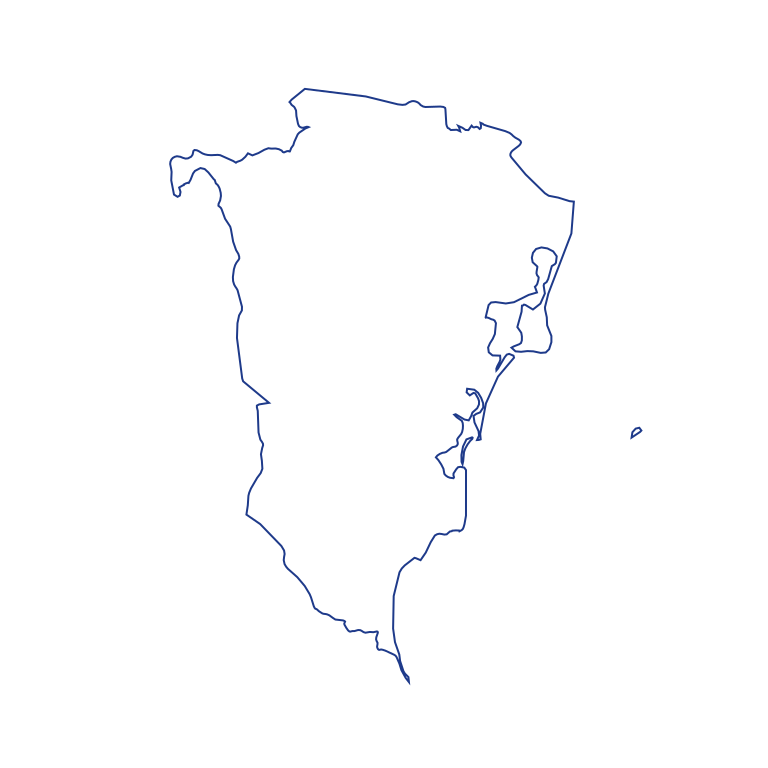 Atlántico Sur, orthographic projection, rotated 14°
{"feature_id": "NIC-644", "entity_name": "Atlántico Sur", "entity_type": "Autonomous Region", "adm_level": 1, "iso_a3": "NIC", "parent_name": "Nicaragua", "parent_adm1": "", "projection": "orthographic", "projection_center": [-84.133, 12.113], "detail": "fine", "context": "isolated", "style": "outline", "palette": "blue", "viewbox_px": 768, "rotation_deg": 14, "n_neighbors": 0, "source": "natural_earth", "source_scale": "10m", "svg_char_len": 6167}
<svg xmlns="http://www.w3.org/2000/svg" viewBox="0 0 768 768"><g transform="rotate(14 384 384)"><path d="M524.1,161.1L529.4,192.6L521.6,256.5L521.6,270.6L522.4,273.0L525.8,279.9L528.1,287.6L534.8,296.9L536.3,302.9L535.8,310.3L533.3,314.3L528.5,315.9L520.9,316.2L515.1,317.4L509.2,319.6L503.7,320.5L498.9,317.9L500.7,316.2L505.6,312.7L507.0,311.1L507.2,308.3L506.3,304.5L504.8,301.1L499.6,296.5L500.0,280.6L498.9,274.6L500.0,274.1L500.6,273.1L502.1,273.1L510.5,275.7L516.3,268.2L518.2,257.3L515.1,249.9L515.1,248.1L517.1,245.8L517.9,242.5L518.3,229.0L520.8,226.4L521.5,224.8L520.7,218.3L516.1,214.4L509.8,212.9L503.7,213.4L498.9,216.2L496.8,220.7L496.9,225.7L498.8,229.9L504.0,232.7L504.5,233.2L504.9,238.1L505.2,239.8L506.3,241.5L507.3,242.2L508.3,243.1L508.6,245.6L508.5,249.7L508.0,251.4L506.9,253.2L507.8,254.4L510.3,258.2L502.9,262.5L490.3,273.2L482.7,276.4L472.5,277.5L468.2,279.0L466.4,282.1L466.5,294.8L466.7,295.0L467.7,294.5L469.7,294.6L472.5,295.2L474.4,295.2L476.0,295.7L477.9,297.9L479.5,308.7L478.6,313.9L477.0,318.8L476.2,323.4L478.0,327.9L482.4,330.0L489.8,328.4L491.0,332.1L490.8,334.5L489.6,339.3L489.3,342.0L489.8,343.6L490.9,341.4L494.6,328.9L496.0,325.8L498.1,324.5L502.8,325.2L503.8,327.0L492.8,349.3L487.6,378.1L489.4,409.1L491.2,414.3L489.6,415.3L487.8,415.9L488.7,411.0L487.1,406.8L481.1,399.4L478.6,393.3L480.7,390.7L484.1,388.3L486.0,382.7L484.8,378.6L481.6,373.9L477.5,369.8L473.0,367.7L465.8,368.5L466.2,372.1L470.0,374.3L473.0,371.0L474.8,371.0L478.8,375.2L480.4,377.7L481.1,380.9L480.3,385.0L476.7,390.3L476.3,394.2L475.0,398.8L470.7,399.0L460.9,396.0L459.6,396.8L462.5,398.6L468.4,400.9L469.8,402.8L470.7,405.4L471.3,408.4L471.4,411.6L471.0,413.8L468.9,418.3L468.4,420.0L468.8,421.4L469.6,422.8L470.1,424.3L469.8,425.9L468.6,427.4L466.1,428.5L465.2,429.2L460.8,434.9L459.4,435.8L457.4,436.6L455.1,438.3L453.1,440.5L452.1,442.6L455.2,444.7L459.0,448.2L462.2,451.9L464.3,456.6L466.0,457.8L468.3,458.7L470.7,459.0L474.2,458.6L474.5,457.5L473.5,455.9L473.1,454.0L474.7,449.3L476.0,446.8L478.1,445.9L482.1,445.7L484.4,447.7L495.4,491.9L496.0,500.4L495.9,503.6L495.6,505.5L494.7,507.0L492.8,508.7L492.3,508.0L489.0,508.7L485.7,509.8L485.4,510.4L483.6,511.2L481.2,514.7L479.0,515.5L476.2,515.6L473.9,515.9L471.9,516.9L470.0,518.7L467.6,526.2L465.3,537.5L462.1,546.1L457.0,545.3L455.6,545.3L448.0,555.0L445.9,558.7L444.6,562.9L444.7,587.4L452.0,619.1L457.1,631.8L464.3,642.8L466.6,648.8L472.3,657.9L474.3,659.9L478.6,662.5L480.3,667.2L476.2,664.0L470.1,657.4L466.6,651.6L462.3,646.0L460.9,644.8L459.1,644.2L449.8,642.4L447.1,642.2L445.4,642.3L443.8,643.1L443.1,643.1L442.2,642.6L441.2,641.4L440.8,640.4L440.6,637.9L440.3,636.6L439.1,635.3L438.1,633.7L437.8,631.6L438.2,627.1L438.1,626.4L437.7,625.9L437.0,625.8L433.7,627.4L430.3,628.0L426.2,629.8L424.2,629.7L421.9,628.9L420.5,628.6L418.7,628.9L417.8,629.3L415.1,630.9L413.1,631.4L411.0,632.5L410.1,632.4L408.8,631.8L406.5,629.8L403.9,627.1L403.6,626.6L403.4,626.0L403.7,623.9L402.9,623.5L401.4,623.3L393.8,624.3L390.9,623.3L387.0,621.7L384.8,621.3L383.3,621.3L380.8,621.6L379.6,621.5L375.8,620.2L373.4,618.9L372.6,618.7L371.8,618.7L370.9,618.1L369.7,616.7L364.8,608.7L362.8,606.0L356.0,599.2L346.6,592.4L335.5,586.6L333.3,585.0L331.1,582.8L329.3,579.1L328.9,576.0L328.7,573.0L327.3,569.7L323.6,566.0L297.8,549.9L282.1,544.0L281.2,534.7L279.5,525.3L279.5,522.2L280.2,517.5L283.6,505.8L285.9,500.3L286.5,495.7L284.1,488.1L281.6,481.9L281.3,475.6L281.5,472.7L281.0,471.2L279.5,469.6L277.5,467.9L274.0,461.4L268.0,440.6L266.3,437.4L265.9,435.7L267.8,434.0L277.0,430.1L246.7,415.5L245.1,413.0L230.2,374.9L227.1,360.5L226.8,352.5L228.3,347.0L227.5,343.4L219.2,328.4L217.8,326.9L216.1,325.4L214.5,323.7L212.7,320.7L211.5,316.8L210.6,309.0L210.8,304.8L211.5,301.9L212.9,298.6L213.2,297.2L212.7,295.5L211.2,293.0L208.1,289.9L203.2,282.4L198.0,270.8L196.7,268.5L189.8,262.1L184.2,253.8L183.0,252.5L180.2,251.1L179.9,249.3L180.6,245.5L180.3,241.0L179.3,238.0L177.2,234.1L175.8,232.4L174.4,231.1L172.3,230.0L170.4,227.0L169.3,226.5L162.4,221.2L158.0,218.8L153.6,218.9L149.0,223.0L147.8,225.9L146.9,232.6L145.9,236.2L145.2,236.1L143.2,237.3L141.5,238.8L141.6,239.5L140.8,239.9L137.7,242.9L140.1,246.9L140.3,250.5L138.4,252.3L134.4,251.0L128.3,237.9L126.6,229.6L125.5,226.9L123.3,222.3L123.0,220.0L123.4,217.6L124.4,215.7L126.0,214.2L128.0,213.1L131.5,212.8L134.1,213.2L136.9,213.3L139.2,212.5L141.9,210.1L142.8,207.8L142.7,204.0L143.5,202.8L145.9,202.5L147.9,202.9L152.1,204.2L154.7,204.5L157.6,204.4L160.9,203.8L167.3,201.9L169.7,201.6L183.7,204.1L186.8,205.1L187.7,204.0L190.6,202.1L192.1,200.7L194.5,197.1L196.2,193.1L201.0,194.0L206.3,190.3L211.3,185.6L214.8,183.2L217.6,182.9L222.0,181.7L225.2,181.6L228.3,182.3L229.7,183.4L230.9,183.5L233.5,181.6L234.8,181.1L235.8,181.3L236.4,181.1L236.9,177.4L238.2,174.2L238.4,170.7L239.9,162.6L241.0,160.6L245.9,155.1L248.7,153.0L248.1,152.9L246.8,153.1L243.6,154.9L242.2,155.2L240.7,155.0L240.1,154.8L239.0,154.2L237.6,152.3L234.2,145.2L232.5,139.9L230.6,137.6L229.7,136.8L226.8,135.5L225.1,133.9L224.1,133.3L225.6,130.4L235.8,116.8L296.8,109.4L329.7,109.3L334.4,108.7L337.3,107.6L340.2,104.5L342.7,102.8L344.4,102.3L346.0,102.2L347.8,102.4L349.0,102.7L350.5,103.4L352.1,104.5L354.9,105.3L357.2,105.2L371.4,101.2L374.6,100.8L376.5,101.3L377.1,102.5L381.6,116.8L382.6,118.6L383.9,120.1L385.4,120.4L387.4,121.4L393.1,119.7L396.8,120.4L394.8,116.9L393.6,115.6L398.1,116.4L401.7,117.8L404.5,117.2L406.5,112.1L408.1,113.2L409.2,113.3L411.3,112.1L412.9,112.1L415.1,113.4L416.0,112.4L415.7,110.0L414.4,107.2L416.9,107.6L417.8,108.2L421.4,108.6L440.5,109.3L445.1,110.0L447.5,111.0L449.3,112.1L451.8,113.2L455.8,114.3L457.6,115.2L458.5,116.3L458.4,117.7L457.9,119.1L457.0,120.5L452.6,126.0L451.7,127.4L451.2,128.8L451.0,130.2L451.2,131.4L451.9,132.5L453.0,133.5L470.7,146.4L494.0,160.0L498.3,161.5L507.9,161.0L519.8,161.7L524.1,161.1ZM478.1,440.8L476.3,434.2L475.8,425.5L477.4,417.8L482.3,414.5L482.7,414.5L483.0,414.7L483.0,415.2L482.9,416.0L481.4,418.4L479.7,422.4L478.5,426.8L478.1,430.7L479.5,439.6L479.6,442.8L478.1,440.8ZM637.2,376.1L636.7,370.7L639.0,366.4L642.3,364.7L645.0,366.9L644.1,368.5L637.2,376.1Z" fill="none" stroke="#1e3a8a" stroke-width="2"/></g></svg>